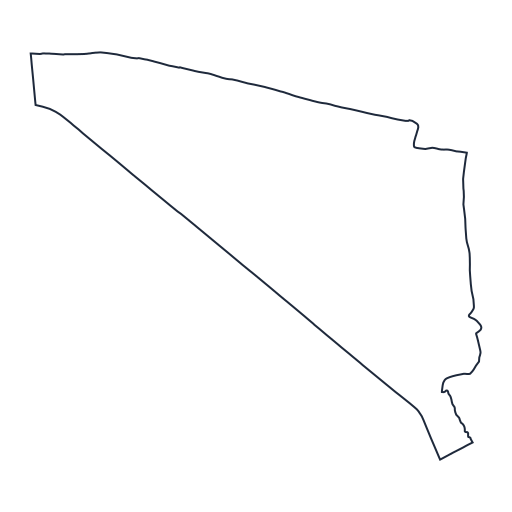 Vadhana, Bangkok Metropolis, Thailand
{"feature_id": "78962969B23901249409330", "entity_name": "Vadhana", "entity_type": "district", "adm_level": 2, "iso_a3": "THA", "parent_name": "Thailand", "parent_adm1": "Bangkok Metropolis", "projection": "natural_earth1", "projection_center": [100.591, 13.727], "detail": "fine", "context": "isolated", "style": "outline", "palette": "slate", "viewbox_px": 512, "rotation_deg": 0, "n_neighbors": 0, "source": "geoboundaries", "source_scale": "gbopen_adm2", "svg_char_len": 5607}
<svg xmlns="http://www.w3.org/2000/svg" viewBox="0 0 512 512"><path d="M137.0,58.4L134.0,58.1L131.3,57.8L116.7,54.4L112.3,53.8L108.8,53.3L107.4,53.1L100.8,52.4L99.9,52.4L97.2,52.6L95.1,52.7L94.4,52.8L93.5,52.9L92.3,53.0L90.2,53.4L88.8,53.5L86.7,53.8L85.0,53.9L84.4,54.0L77.0,54.2L65.9,54.2L65.0,54.2L63.9,54.4L63.5,54.5L62.9,54.5L54.7,53.9L50.9,53.7L49.0,53.5L47.9,53.5L45.3,53.5L44.0,53.4L42.4,53.5L41.3,53.8L39.9,54.0L31.7,53.5L30.7,53.5L31.2,58.4L31.7,64.3L33.2,79.6L33.9,87.2L35.2,101.1L35.6,105.0L42.7,106.7L49.8,108.9L55.7,111.8L60.2,114.6L63.2,116.9L70.7,122.9L73.5,125.4L78.0,129.0L78.5,129.4L82.3,132.8L83.1,133.5L101.7,148.9L111.1,156.5L121.8,165.4L132.6,174.5L145.7,185.2L150.8,189.5L158.1,195.5L170.1,205.4L177.6,211.5L180.9,213.8L191.6,222.6L218.5,244.9L228.3,253.0L242.4,264.8L250.0,271.0L251.8,272.4L260.9,279.9L270.3,287.7L279.9,295.8L293.1,306.7L304.1,315.9L308.8,319.9L313.3,323.7L314.4,324.8L319.4,328.9L326.6,335.0L333.5,340.7L341.7,347.6L349.4,353.9L353.2,357.1L360.1,362.8L362.7,365.1L395.5,392.0L399.5,395.1L409.9,403.4L414.3,407.1L416.8,409.3L418.0,410.7L418.5,411.3L419.1,412.2L419.4,412.7L420.3,414.0L421.8,416.3L423.5,420.1L426.6,427.7L430.9,438.1L434.8,447.2L438.5,455.9L440.1,459.6L442.0,458.6L453.3,452.5L463.1,447.5L466.1,445.8L468.2,444.7L471.0,443.3L472.6,442.5L472.0,441.4L470.8,439.2L470.4,438.0L470.4,437.9L470.2,437.7L469.8,437.4L469.6,437.3L469.4,437.2L468.9,437.1L468.5,437.0L468.4,437.0L468.3,436.9L468.2,436.7L468.1,436.0L468.1,433.8L468.1,433.4L468.1,433.2L467.9,432.8L467.8,432.6L467.6,432.4L467.4,432.3L467.3,432.2L467.1,432.1L466.8,432.1L466.4,432.1L466.2,432.1L465.8,432.0L465.6,432.0L465.3,431.8L465.0,431.6L464.9,431.5L464.9,431.4L464.8,431.1L464.8,429.1L464.6,427.8L464.5,427.3L464.3,426.7L464.0,426.0L463.9,425.8L463.7,425.4L463.5,425.1L463.4,424.9L462.8,424.2L462.6,423.9L462.1,423.5L461.2,422.9L461.0,422.7L460.9,422.5L460.8,422.2L460.5,421.7L460.1,420.6L459.7,419.6L459.5,418.7L459.1,417.8L459.0,417.6L458.3,416.9L457.0,415.5L456.2,414.7L455.8,413.5L455.3,412.3L455.2,411.6L455.0,411.0L454.9,410.5L454.8,409.3L454.8,408.3L454.7,407.8L454.5,407.2L454.3,406.8L454.3,406.7L453.5,405.7L452.7,404.5L452.5,404.2L452.3,403.7L452.0,402.3L451.9,402.2L451.4,399.5L450.8,397.5L450.8,397.3L450.1,395.8L450.0,395.6L449.7,395.3L448.9,394.3L448.6,393.9L448.5,393.5L448.3,393.1L448.1,391.9L447.9,391.4L447.6,390.9L447.4,390.7L447.2,390.6L446.9,390.5L446.6,390.5L446.3,390.5L446.1,390.6L445.3,391.4L445.0,391.6L444.7,391.8L444.3,391.9L443.9,392.1L443.6,392.1L443.4,392.1L443.0,392.1L441.9,392.0L441.9,391.8L441.9,391.7L441.9,391.1L442.7,385.1L443.3,382.6L444.5,380.4L445.1,379.6L445.9,378.9L446.6,378.5L447.1,378.2L449.8,377.1L452.7,376.2L456.2,375.3L461.3,374.3L463.7,373.8L464.4,373.8L465.2,373.8L466.0,373.9L467.1,374.0L468.0,374.0L469.0,374.0L469.3,373.9L469.7,373.9L470.1,373.7L470.3,373.6L470.6,373.2L470.9,372.9L472.3,371.4L473.7,369.5L476.0,365.6L477.7,363.3L478.9,361.7L479.0,361.6L479.3,357.4L480.1,354.9L480.2,354.2L480.5,353.0L480.5,352.0L480.3,350.7L479.8,348.5L478.0,340.8L478.0,340.5L477.9,340.4L477.2,337.6L476.1,333.9L476.1,333.7L476.2,333.3L476.4,333.1L478.7,331.5L480.5,329.9L480.9,329.2L481.1,328.6L481.2,328.2L481.3,327.9L481.3,327.4L481.2,326.8L481.0,326.2L480.8,325.7L480.7,325.6L480.2,324.7L479.4,323.8L476.9,321.0L476.8,320.9L475.8,320.1L475.1,319.6L473.8,318.8L471.1,317.7L469.9,317.1L469.7,317.0L469.5,316.9L469.2,316.6L469.1,316.4L468.9,316.1L468.9,315.9L468.9,315.7L469.0,315.3L469.1,315.0L469.3,314.6L470.5,313.4L471.6,312.0L473.1,309.6L473.6,308.7L473.9,307.4L473.9,306.0L473.4,299.2L473.3,298.8L471.6,290.9L470.8,284.0L470.7,282.6L470.2,276.3L469.8,270.2L469.9,264.3L469.8,258.0L469.6,253.7L469.4,252.2L468.8,248.9L466.9,242.2L466.3,238.5L465.6,229.0L465.5,227.1L465.2,218.9L464.1,209.7L463.4,204.4L463.9,197.0L463.7,191.0L463.4,188.4L463.2,181.9L463.1,179.0L463.9,171.9L465.0,163.8L465.8,158.0L466.7,153.7L466.8,152.7L460.3,151.7L456.9,151.4L456.5,151.4L451.7,150.2L448.9,149.7L446.8,149.5L443.8,149.6L441.1,149.5L438.7,149.1L437.0,148.6L434.7,148.1L432.7,147.8L432.1,147.8L430.4,148.1L428.5,148.4L425.9,148.9L425.7,149.0L425.2,149.0L424.3,148.9L419.2,148.3L418.1,148.1L417.2,148.0L416.6,147.9L415.7,147.6L415.3,147.5L414.8,147.3L414.6,147.1L414.4,147.0L414.2,146.8L414.1,146.5L414.1,146.4L414.0,146.2L413.9,145.3L413.9,143.8L414.0,142.8L414.3,141.0L415.2,138.0L415.4,137.1L416.1,135.1L417.3,130.9L417.8,129.5L418.1,128.2L418.2,127.7L418.3,127.2L418.2,126.5L418.2,125.9L417.9,125.0L417.5,124.4L416.7,123.6L415.9,123.1L414.2,122.0L412.4,120.9L409.3,120.2L408.7,120.7L408.4,120.8L408.0,120.9L405.7,120.9L397.6,119.5L391.8,118.2L387.0,116.9L378.4,115.3L375.1,114.8L366.9,113.0L362.1,111.8L355.3,110.2L350.0,109.0L347.8,108.6L341.5,107.4L338.0,106.5L337.1,106.3L336.7,106.2L335.7,106.0L334.9,105.8L330.4,104.4L326.3,103.5L322.2,103.0L319.5,102.5L317.2,102.0L315.7,101.6L312.4,100.8L310.1,100.1L304.6,98.7L302.2,98.0L299.8,97.4L298.9,97.1L295.8,96.3L292.4,95.2L289.2,94.0L287.0,93.3L286.6,93.2L285.5,92.8L285.0,92.6L282.7,91.9L280.4,91.4L275.5,89.9L271.9,88.9L266.2,87.4L264.9,87.0L258.6,85.6L254.1,84.6L247.7,83.4L245.6,82.8L242.2,81.9L237.2,80.5L236.2,80.3L232.1,79.4L229.0,79.2L226.3,78.8L222.2,77.8L219.1,76.7L216.4,75.9L214.2,75.1L211.9,74.4L211.1,74.1L208.3,73.4L206.6,73.1L206.3,73.1L198.4,71.8L195.7,71.2L194.7,71.0L194.3,70.9L193.7,70.7L182.4,68.0L180.6,67.5L180.3,67.4L179.8,67.3L179.4,67.6L179.1,67.6L178.8,67.6L177.1,67.2L175.2,66.8L172.3,66.2L169.2,65.7L160.2,63.1L154.0,61.5L153.1,61.2L148.3,60.0L146.9,59.6L146.5,59.6L144.5,59.3L141.3,58.6L139.9,58.3L138.7,58.1L137.0,58.4Z" fill="none" stroke="#1e293b" stroke-width="2"/></svg>